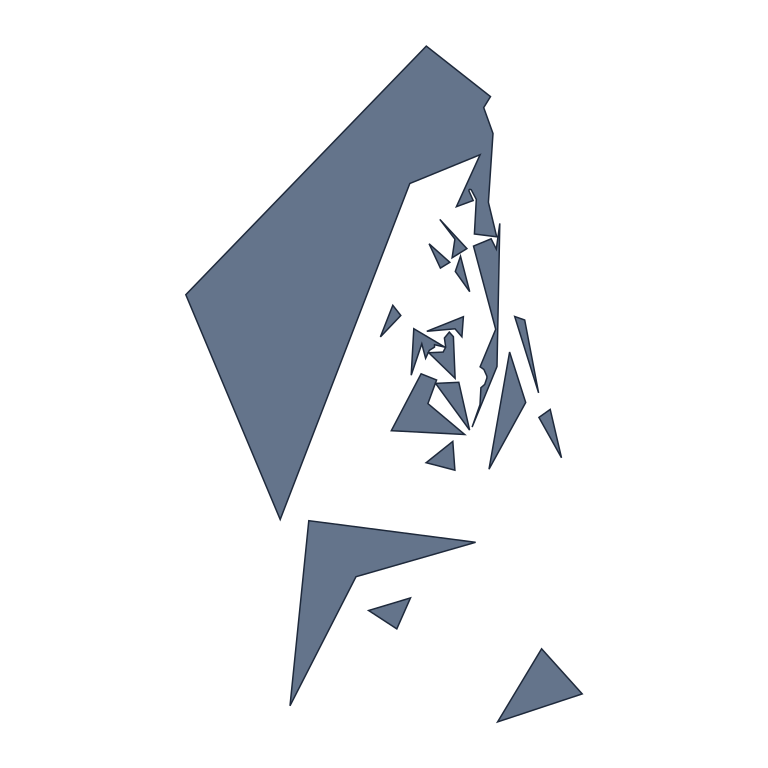 Guayaquil, Guayas, Ecuador (Natural Earth projection)
{"feature_id": "8360857B75288721097085", "entity_name": "Guayaquil", "entity_type": "district", "adm_level": 2, "iso_a3": "ECU", "parent_name": "Ecuador", "parent_adm1": "Guayas", "projection": "natural_earth1", "projection_center": [-80.067, -2.513], "detail": "medium", "context": "isolated", "style": "filled", "palette": "slate", "viewbox_px": 768, "rotation_deg": 0, "n_neighbors": 0, "source": "geoboundaries", "source_scale": "gbopen_adm2", "svg_char_len": 1490}
<svg xmlns="http://www.w3.org/2000/svg" viewBox="0 0 768 768"><path d="M426.3,46.1L185.8,294.7L280.2,519.5L409.8,183.5L480.1,154.7L456.4,206.7L473.2,200.5L469.0,191.1L469.0,189.9L469.8,189.3L471.2,189.7L476.3,199.4L474.4,234.0L496.7,236.8L488.4,202.3L493.0,133.5L483.7,107.6L490.5,96.6L426.3,46.1ZM475.6,542.3L308.8,520.7L290.0,705.8L356.0,576.7L475.6,542.3ZM541.6,648.8L497.6,721.9L582.2,693.9L541.6,648.8ZM497.0,366.5L499.8,223.4L496.3,249.1L491.1,238.8L473.5,246.1L495.7,329.3L480.1,366.8L483.9,369.5L486.9,376.2L486.9,378.0L484.7,384.4L480.9,387.7L480.0,404.6L472.1,427.1L497.0,366.5ZM489.0,469.2L525.7,402.5L509.6,352.0L489.0,469.2ZM436.6,380.0L421.1,373.8L391.3,430.7L464.7,434.5L427.9,403.6L436.6,380.0ZM550.2,409.4L538.9,417.4L561.5,457.8L550.2,409.4ZM469.6,430.1L458.8,382.3L435.6,383.4L469.6,430.1ZM410.5,597.9L368.6,610.5L396.8,628.9L410.5,597.9ZM538.6,392.9L524.7,320.0L514.7,316.5L538.6,392.9ZM445.0,347.2L413.8,328.7L411.2,375.2L421.8,343.8L425.6,358.3L429.3,350.4L434.5,347.1L434.5,344.7L445.0,347.2ZM466.9,248.6L439.8,219.4L454.9,239.1L452.1,257.8L466.9,248.6ZM455.1,378.3L453.4,336.7L449.3,332.1L444.4,338.0L445.7,347.2L443.1,352.1L428.7,352.7L455.1,378.3ZM454.9,470.2L452.8,441.4L426.1,462.7L454.9,470.2ZM463.4,316.7L426.8,331.3L455.0,328.8L461.9,336.8L463.4,316.7ZM380.4,336.9L400.8,315.5L392.8,305.3L380.4,336.9ZM469.7,291.7L460.5,256.2L455.3,271.5L469.7,291.7ZM449.8,262.3L429.1,243.8L440.4,268.1L449.8,262.3Z" fill="#64748b" stroke="#1e293b" stroke-width="1.5"/></svg>